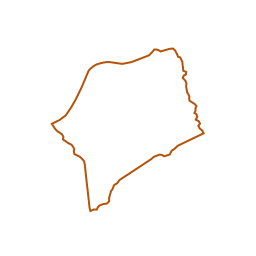 outline of Belo Monte, Alagoas, Brazil, rotated 116°
{"feature_id": "56859067B15560608131271", "entity_name": "Belo Monte", "entity_type": "district", "adm_level": 2, "iso_a3": "BRA", "parent_name": "Brazil", "parent_adm1": "Alagoas", "projection": "orthographic", "projection_center": [-37.19, -9.812], "detail": "fine", "context": "isolated", "style": "outline", "palette": "amber", "viewbox_px": 256, "rotation_deg": 116, "n_neighbors": 0, "source": "geoboundaries", "source_scale": "gbopen_adm2", "svg_char_len": 1383}
<svg xmlns="http://www.w3.org/2000/svg" viewBox="0 0 256 256"><g transform="rotate(116 128 128)"><path d="M99.6,57.7L97.8,60.0L97.0,63.3L95.3,65.7L92.5,65.2L90.9,67.4L90.8,70.7L87.6,70.7L85.7,72.4L85.4,74.9L83.0,74.9L80.6,76.0L78.3,76.1L77.3,78.3L76.8,81.8L76.5,84.5L74.8,86.0L72.8,86.6L71.3,88.5L69.8,90.7L67.2,92.5L65.1,94.0L62.0,95.2L60.3,97.3L59.0,100.8L56.4,100.9L54.5,99.4L52.1,100.3L52.3,103.5L49.5,105.1L47.5,106.5L44.9,108.0L43.2,110.1L41.7,111.9L42.0,114.2L40.0,116.5L37.6,119.7L36.9,122.4L38.3,124.9L44.9,132.3L44.6,135.4L45.8,138.7L49.1,139.5L53.4,140.9L67.3,153.8L72.9,161.3L76.9,173.7L78.4,176.5L79.6,178.2L80.7,179.8L84.6,184.1L87.6,186.1L91.3,187.8L93.7,188.5L111.8,187.5L115.0,187.5L125.6,187.5L134.5,188.1L144.0,189.5L151.1,193.2L157.6,198.3L159.5,195.1L160.7,193.3L161.9,189.9L162.2,186.8L162.6,184.5L164.3,182.2L166.8,181.4L167.2,178.4L167.7,175.8L167.8,171.4L169.2,168.7L170.6,167.0L172.5,166.6L174.9,164.7L174.9,161.7L175.0,158.7L176.0,155.2L177.3,152.7L179.7,150.9L196.5,140.3L201.3,137.2L216.5,127.6L219.1,125.4L216.4,123.2L215.0,120.3L212.4,120.4L210.0,119.5L207.4,117.1L205.0,113.7L202.0,112.8L199.5,114.2L197.2,114.7L192.0,115.6L189.9,115.1L185.5,115.5L182.2,113.4L178.4,112.8L145.8,93.5L142.5,92.1L138.0,87.8L137.3,85.4L137.6,83.1L133.6,78.9L129.3,78.8L126.9,77.3L125.0,76.5L122.3,75.6L99.6,57.7Z" fill="none" stroke="#b45309" stroke-width="2"/></g></svg>